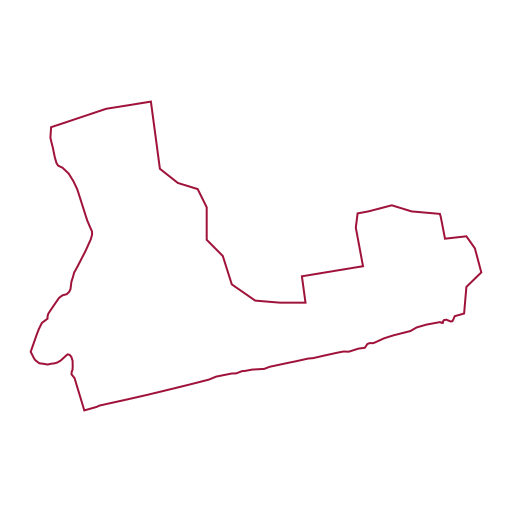 Ablekuma West Municipal, Greater Accra, Ghana (Robinson projection)
{"feature_id": "2480657B12570528382412", "entity_name": "Ablekuma West Municipal", "entity_type": "district", "adm_level": 2, "iso_a3": "GHA", "parent_name": "Ghana", "parent_adm1": "Greater Accra", "projection": "robinson", "projection_center": [-0.256, 5.538], "detail": "fine", "context": "isolated", "style": "outline", "palette": "rose", "viewbox_px": 512, "rotation_deg": 0, "n_neighbors": 0, "source": "geoboundaries", "source_scale": "gbopen_adm2", "svg_char_len": 1704}
<svg xmlns="http://www.w3.org/2000/svg" viewBox="0 0 512 512"><path d="M150.9,101.6L106.1,108.8L51.1,127.2L50.4,137.6L51.2,141.3L52.8,147.5L54.8,157.3L56.5,163.1L58.2,165.7L62.5,167.7L68.7,173.6L73.5,181.4L77.3,189.4L81.3,201.9L84.8,212.9L87.2,220.4L89.7,226.3L92.0,231.5L92.1,234.5L90.7,239.5L85.6,250.8L79.0,263.6L77.7,266.2L76.3,268.7L74.1,272.7L72.9,277.2L71.4,281.8L70.5,289.1L69.2,291.8L66.7,294.2L62.6,295.3L60.4,296.8L58.8,298.2L56.4,301.7L53.9,305.3L50.8,309.9L48.4,313.5L47.6,315.9L47.5,318.7L41.9,322.9L41.0,324.7L38.8,329.2L36.7,334.6L30.7,351.8L34.0,358.3L35.3,360.2L39.3,363.3L43.7,363.8L47.1,364.5L48.4,364.4L50.9,363.8L54.7,363.3L57.1,362.6L60.5,360.7L63.6,357.9L66.6,355.1L68.0,354.3L69.9,355.1L71.4,357.0L72.6,360.8L72.7,366.9L72.5,370.0L71.7,371.7L71.5,374.3L72.7,375.8L74.5,378.0L84.3,410.4L96.6,406.9L99.7,405.5L124.5,400.0L145.8,395.2L185.3,385.6L208.9,379.6L216.2,376.6L219.7,375.9L231.8,373.5L236.2,373.4L242.1,371.1L244.7,371.0L251.9,369.6L264.2,368.9L269.6,366.8L276.6,365.3L288.4,362.8L295.8,361.3L307.9,358.6L313.3,358.1L323.2,355.8L337.3,352.7L343.6,351.5L348.8,351.7L358.5,348.6L364.8,347.8L367.4,344.0L369.6,343.1L373.5,343.1L384.1,338.3L393.6,335.3L410.5,331.0L416.7,327.4L426.5,324.6L440.0,322.1L442.0,323.0L442.9,322.8L442.8,321.7L444.0,320.1L446.4,319.7L450.7,321.5L452.4,321.2L453.3,319.5L454.7,316.2L464.1,313.5L466.4,286.9L481.3,272.4L474.9,248.4L466.4,236.3L445.0,238.7L440.8,217.1L439.9,213.9L411.5,211.4L391.8,205.3L368.4,211.4L357.6,213.4L355.8,227.6L363.0,266.2L301.9,276.3L305.5,302.7L280.3,302.7L255.2,300.6L231.8,284.4L222.8,256.0L206.7,239.8L206.7,207.3L197.7,189.1L177.9,183.0L159.9,168.8L150.9,101.6Z" fill="none" stroke="#9f1239" stroke-width="2"/></svg>